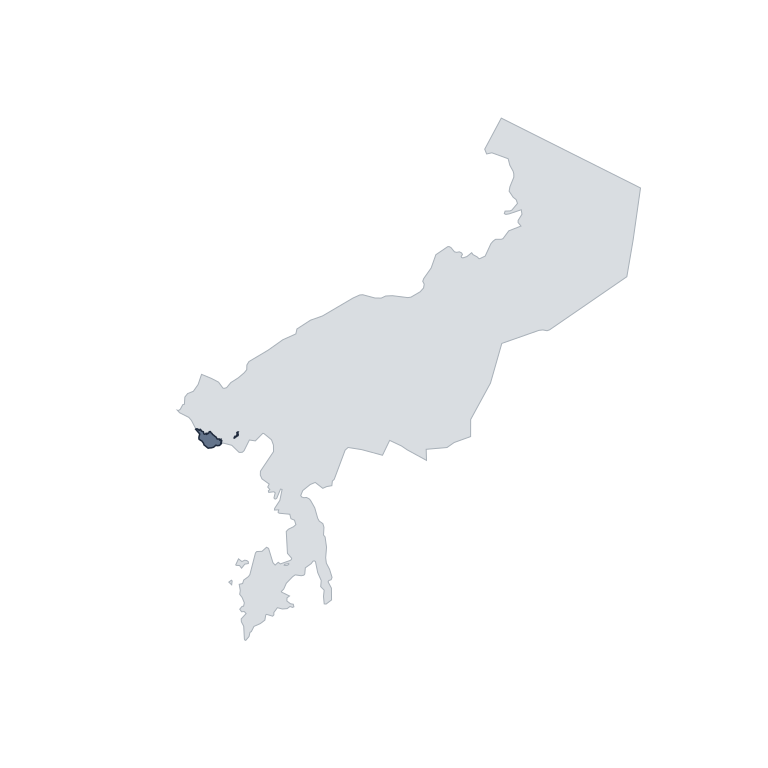 Uzun, Surkhandarya, Uzbekistan (highlighted), rotated 114°
{"feature_id": "79887680B11166150999612", "entity_name": "Uzun", "entity_type": "district", "adm_level": 2, "iso_a3": "UZB", "parent_name": "Uzbekistan", "parent_adm1": "Surkhandarya", "projection": "natural_earth1", "projection_center": [68.025, 38.226], "detail": "fine", "context": "in_parent", "style": "filled", "palette": "slate", "viewbox_px": 768, "rotation_deg": 114, "n_neighbors": 0, "source": "geoboundaries", "source_scale": "gbopen_adm2", "svg_char_len": 5204}
<svg xmlns="http://www.w3.org/2000/svg" viewBox="0 0 768 768"><g transform="rotate(114 384 384)"><path d="M591.9,349.0L602.6,344.1L608.6,347.4L609.2,349.2L602.6,352.9L596.7,354.8L594.9,359.4L589.1,361.4L583.3,367.8L574.1,374.4L573.9,375.7L574.7,376.8L577.8,377.5L583.9,381.1L589.8,379.1L591.3,379.5L592.8,381.6L594.5,387.5L597.2,389.1L605.7,392.2L612.1,392.2L615.3,393.4L615.8,392.9L616.1,384.1L618.8,385.6L621.7,384.5L622.8,380.1L622.1,377.3L624.2,375.7L625.3,376.7L625.5,379.4L628.6,381.1L630.9,385.4L631.7,390.4L637.6,391.7L639.7,390.7L641.4,391.3L642.2,397.6L643.1,398.1L648.2,396.8L653.1,399.5L658.3,404.2L664.2,404.5L665.4,405.4L669.6,404.6L674.4,406.0L674.6,406.7L673.8,407.8L662.4,413.6L659.2,417.6L656.7,418.9L649.8,416.6L648.7,419.1L650.0,421.5L648.4,424.2L644.9,423.2L644.1,421.9L640.7,422.6L636.7,426.8L634.8,430.3L631.1,431.3L625.9,434.8L623.8,432.0L620.1,432.4L615.1,429.5L612.7,429.0L590.6,432.7L588.8,432.1L586.5,427.4L580.9,424.9L581.1,422.6L592.4,412.8L593.7,409.8L589.9,408.1L590.5,405.5L583.1,397.7L581.7,397.2L580.7,397.5L578.0,403.3L558.5,413.3L555.6,412.3L551.2,408.6L548.3,407.3L544.8,410.4L544.9,414.2L541.3,417.1L544.7,427.3L544.3,428.6L541.8,429.0L543.7,432.8L542.1,433.3L532.7,431.8L521.8,434.2L522.1,435.8L531.9,435.5L533.2,436.2L533.4,437.4L532.8,438.2L527.7,439.1L527.2,440.7L529.9,445.2L528.7,446.2L526.8,445.4L525.4,448.3L522.1,448.2L520.3,456.9L517.6,459.9L513.9,461.4L490.7,457.4L484.7,460.2L480.7,464.1L478.1,473.6L478.4,474.7L488.3,478.4L489.9,484.2L501.8,484.7L503.9,485.6L504.8,487.1L505.4,488.6L501.9,498.1L503.3,506.5L505.3,510.3L512.3,517.7L512.0,521.7L510.4,525.3L508.4,528.4L506.3,529.8L503.3,533.8L500.7,538.7L495.6,545.1L493.9,548.7L493.4,559.0L492.0,562.2L491.8,561.0L490.0,559.8L484.7,559.4L483.7,558.1L476.9,560.6L472.6,559.5L468.2,555.2L460.0,553.6L449.4,554.6L449.1,543.9L449.6,535.9L453.2,529.6L453.1,528.4L451.4,526.3L445.0,524.5L437.6,519.6L430.7,516.3L426.8,515.2L422.4,517.0L418.4,516.5L400.2,503.6L384.7,494.4L374.1,484.9L369.1,485.9L355.6,477.1L346.9,467.9L318.1,447.3L312.5,442.3L311.1,439.7L309.1,427.1L306.6,421.4L302.9,418.2L299.9,412.2L295.4,397.4L293.7,394.7L285.1,388.5L280.2,386.9L276.4,387.9L274.4,390.4L271.5,390.6L258.8,388.1L244.8,389.2L232.7,381.7L232.0,380.5L232.1,378.4L234.6,373.4L234.2,371.2L232.6,368.9L232.7,366.4L233.8,365.0L236.1,365.4L236.9,364.5L236.7,363.2L233.9,360.1L228.4,357.3L229.6,355.4L230.0,350.6L230.9,348.1L230.2,347.2L226.0,343.6L212.3,343.4L209.1,342.4L206.5,341.0L204.1,335.7L202.8,334.4L193.3,332.3L184.0,323.1L181.9,327.2L180.0,328.0L172.8,327.0L169.0,329.5L177.7,338.9L179.5,341.7L179.4,343.4L176.8,343.7L174.6,339.2L173.1,337.9L164.7,335.5L161.8,338.3L160.9,341.9L157.0,348.1L152.6,349.2L142.3,349.5L139.2,350.9L137.1,352.6L133.0,358.0L127.7,362.2L128.9,379.5L132.1,383.8L128.5,387.5L93.4,385.0L100.6,229.4L151.1,215.0L187.2,205.8L267.2,254.8L269.0,256.7L270.0,260.9L272.0,264.3L299.0,292.9L339.9,287.1L381.2,290.4L396.8,283.5L408.9,296.1L416.4,300.6L426.5,318.9L436.5,314.1L434.7,336.1L433.5,342.8L433.2,355.9L449.7,356.4L453.0,377.6L456.6,391.0L460.2,392.6L491.3,390.7L493.7,391.7L498.1,390.3L501.0,394.6L504.2,397.5L501.9,406.8L505.8,410.5L514.4,414.9L519.8,414.7L520.7,413.2L520.5,411.0L519.2,408.7L519.3,405.9L520.1,403.9L525.3,396.9L533.7,389.9L535.6,387.4L536.4,383.1L539.3,380.6L546.6,377.8L547.7,375.6L556.5,370.1L566.5,366.6L571.1,363.8L575.4,358.4L581.8,352.8L584.3,352.7L586.0,354.5L587.5,354.6L591.9,349.0ZM590.3,401.4L589.1,398.6L587.5,397.6L586.7,398.0L589.2,401.5L590.3,401.4ZM609.5,445.9L602.9,445.8L604.0,441.6L601.6,439.6L601.1,437.5L601.6,435.6L603.2,434.9L605.2,437.9L610.2,439.2L608.6,442.1L609.8,445.3L609.5,445.9ZM629.4,441.5L628.1,445.2L625.3,443.6L625.7,442.6L629.4,441.5Z" fill="#d9dde1" stroke="#a8b0b8" stroke-width="1"/><path d="M501.2,511.9L502.1,514.0L501.5,514.9L500.7,516.0L500.5,517.5L500.1,518.5L499.8,520.1L499.1,521.1L498.9,522.2L498.1,523.2L498.6,524.2L500.1,524.2L501.0,524.7L500.9,525.2L501.9,525.4L502.1,525.6L501.3,526.2L501.4,526.5L502.1,526.6L502.9,527.6L502.7,528.4L501.1,529.6L501.2,531.7L500.5,532.4L500.2,533.5L501.2,533.7L501.5,534.1L501.0,535.1L501.0,536.6L501.7,537.6L501.9,537.7L503.8,533.7L504.1,533.0L504.7,532.0L505.7,531.8L505.9,531.8L507.7,531.5L508.7,531.1L509.6,530.6L509.7,530.4L509.9,529.9L509.8,529.4L510.1,528.6L510.1,527.4L511.3,525.1L512.2,524.2L512.7,523.7L513.0,523.4L513.1,522.5L513.8,520.0L514.1,519.0L514.1,518.4L513.3,517.3L512.8,516.3L512.8,516.1L512.0,515.1L511.3,514.2L510.6,513.7L509.5,513.2L508.5,512.8L508.3,512.7L508.2,512.2L508.3,511.7L508.1,511.1L507.5,510.1L507.1,509.4L505.8,508.7L505.5,508.7L504.8,509.0L504.4,509.1L504.0,509.1L504.2,508.5L503.7,508.6L503.2,509.4L502.1,509.0L501.6,509.3L501.6,509.9L501.8,510.5L500.9,510.5L501.3,511.1L501.8,511.5L501.2,511.9ZM489.9,496.5L489.5,496.6L489.1,497.2L488.5,497.3L488.2,497.7L487.2,497.7L487.5,498.3L488.2,498.6L488.6,498.1L489.1,498.1L489.5,497.6L490.2,497.4L490.3,497.7L490.6,497.7L490.8,497.3L492.0,497.9L492.3,498.8L492.8,498.8L492.8,498.6L493.0,498.6L493.3,499.0L493.7,498.9L493.8,498.8L494.1,499.0L494.3,498.9L494.1,498.5L493.6,498.6L492.8,498.0L491.8,497.2L491.1,497.0L490.6,496.5L490.3,496.8L489.9,496.5Z" fill="#64748b" stroke="#1e293b" stroke-width="1.5"/></g></svg>